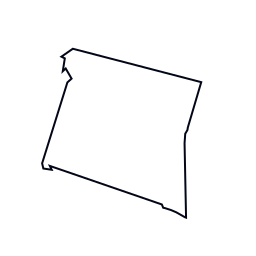 Pendleton, Kentucky, United States of America (Robinson projection), rotated 115°
{"feature_id": "52423323B89577373709279", "entity_name": "Pendleton", "entity_type": "district", "adm_level": 2, "iso_a3": "USA", "parent_name": "United States of America", "parent_adm1": "Kentucky", "projection": "robinson", "projection_center": [-84.341, 38.702], "detail": "fine", "context": "isolated", "style": "outline", "palette": "ink", "viewbox_px": 256, "rotation_deg": 115, "n_neighbors": 0, "source": "geoboundaries", "source_scale": "gbopen_adm2", "svg_char_len": 436}
<svg xmlns="http://www.w3.org/2000/svg" viewBox="0 0 256 256"><g transform="rotate(115 128 128)"><path d="M55.5,81.0L79.5,211.5L91.5,218.5L91.6,214.7L104.1,211.1L100.4,209.6L107.1,200.0L112.3,202.2L196.3,190.9L200.5,187.6L198.1,179.5L195.4,182.8L183.0,65.0L185.4,62.4L185.0,60.7L184.2,54.4L184.0,48.7L184.8,38.6L184.7,37.5L117.9,70.3L109.0,73.7L104.7,73.3L102.2,74.0L55.5,81.0Z" fill="none" stroke="#020617" stroke-width="2"/></g></svg>